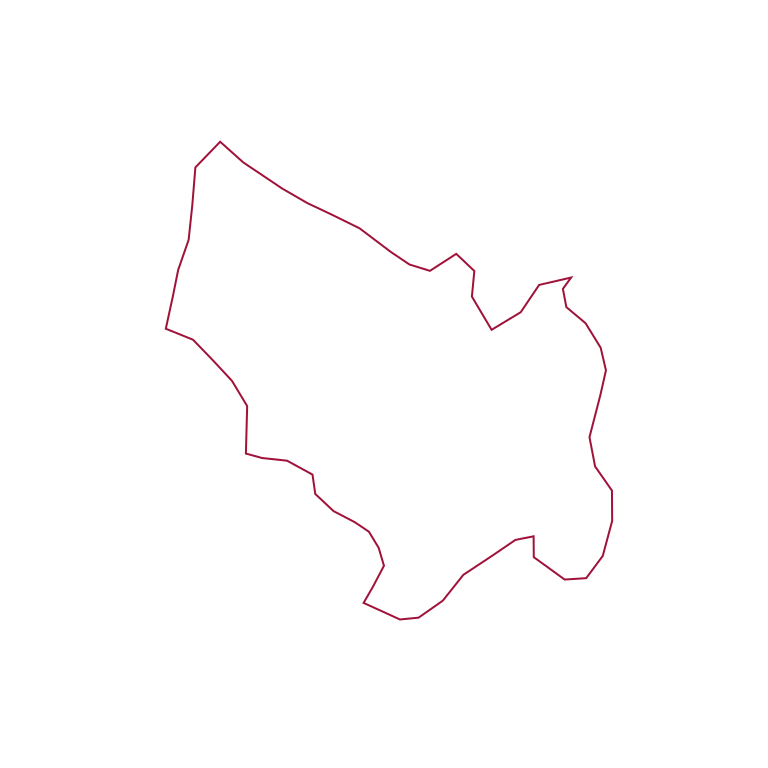 Petra tou Digeni, Cyprus, rotated 214°
{"feature_id": "46923920B30542922336508", "entity_name": "Petra tou Digeni", "entity_type": "district", "adm_level": 2, "iso_a3": "CYP", "parent_name": "Cyprus", "parent_adm1": "", "projection": "orthographic", "projection_center": [33.551, 35.238], "detail": "fine", "context": "isolated", "style": "outline", "palette": "rose", "viewbox_px": 768, "rotation_deg": 214, "n_neighbors": 0, "source": "geoboundaries", "source_scale": "gbopen_adm2", "svg_char_len": 886}
<svg xmlns="http://www.w3.org/2000/svg" viewBox="0 0 768 768"><g transform="rotate(214 384 384)"><path d="M163.0,324.2L124.9,322.9L107.8,336.1L106.5,363.8L118.3,398.1L135.4,423.1L162.9,433.7L183.9,454.8L198.4,495.7L207.6,519.4L224.6,535.2L250.9,547.1L275.8,549.7L288.9,562.9L288.4,576.9L310.8,552.9L310.8,520.0L325.1,489.1L360.0,505.6L372.3,528.2L396.9,532.3L409.2,503.5L429.7,497.3L452.3,497.3L491.3,499.4L522.0,495.2L548.7,491.1L577.4,489.1L624.6,489.0L655.3,493.2L661.5,458.1L643.0,425.2L626.6,394.3L618.4,363.4L608.1,338.7L595.8,307.8L567.1,313.9L538.4,307.8L511.8,301.6L485.1,289.2L459.6,249.1L443.8,254.4L421.5,266.2L392.6,268.9L379.5,254.4L354.6,250.4L331.0,253.1L313.9,253.1L296.8,245.2L282.4,233.3L279.8,209.6L278.5,191.1L239.1,197.7L224.7,209.6L214.1,237.2L211.5,270.2L198.4,301.8L187.9,328.2L174.8,341.4L163.0,324.2Z" fill="none" stroke="#9f1239" stroke-width="2"/></g></svg>